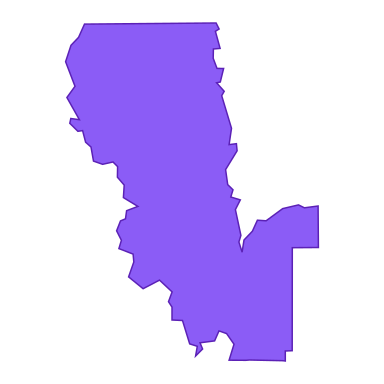 the district of Sutter, California, United States of America
{"feature_id": "52423323B19973672472498", "entity_name": "Sutter", "entity_type": "district", "adm_level": 2, "iso_a3": "USA", "parent_name": "United States of America", "parent_adm1": "California", "projection": "natural_earth1", "projection_center": [-121.688, 39.02], "detail": "fine", "context": "isolated", "style": "filled", "palette": "violet", "viewbox_px": 384, "rotation_deg": 0, "n_neighbors": 0, "source": "geoboundaries", "source_scale": "gbopen_adm2", "svg_char_len": 1168}
<svg xmlns="http://www.w3.org/2000/svg" viewBox="0 0 384 384"><path d="M318.1,206.0L304.4,207.8L298.5,204.9L282.7,208.6L266.1,220.8L257.4,220.2L252.4,231.2L244.0,240.0L242.1,252.2L238.9,242.0L240.9,235.4L235.4,209.6L240.3,199.9L230.8,197.0L233.0,189.8L227.7,184.6L225.6,169.6L237.1,150.8L236.4,143.7L229.1,144.6L231.5,128.3L221.7,95.7L224.2,91.3L216.6,82.8L220.3,82.0L223.6,68.5L217.0,68.4L213.2,58.3L213.4,49.0L220.1,48.4L215.4,31.3L219.1,29.0L216.1,23.0L84.5,24.1L78.6,37.3L71.0,45.3L65.6,61.7L75.0,86.3L66.9,97.5L79.4,119.7L70.8,118.5L69.8,123.3L77.9,131.3L82.6,130.6L85.6,142.2L91.0,147.0L93.5,161.1L102.6,164.3L113.0,162.0L117.6,166.6L117.4,177.2L124.2,185.1L123.4,197.6L137.9,206.4L126.6,210.7L125.5,218.8L120.5,220.9L116.6,230.8L121.4,240.3L118.9,248.6L133.1,254.1L133.8,262.0L128.6,276.9L143.1,288.7L159.5,280.1L172.1,291.9L168.5,301.7L172.0,307.1L172.0,320.0L182.5,320.5L189.7,343.9L197.3,346.3L195.6,356.0L202.6,349.0L200.0,342.8L214.6,340.9L219.0,330.9L226.6,333.6L234.0,344.2L229.1,360.2L245.9,360.3L249.5,360.0L282.9,360.7L285.3,361.0L285.3,351.0L292.2,350.7L292.3,247.7L318.4,247.5L318.1,206.0Z" fill="#8b5cf6" stroke="#5b21b6" stroke-width="1.5"/></svg>